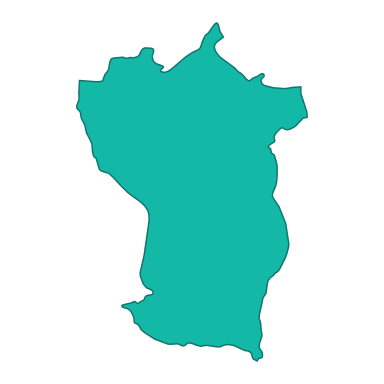 the State of Cojedes
{"feature_id": "VEN-32", "entity_name": "Cojedes", "entity_type": "State", "adm_level": 1, "iso_a3": "VEN", "parent_name": "Venezuela", "parent_adm1": "", "projection": "robinson", "projection_center": [-68.34, 9.331], "detail": "fine", "context": "isolated", "style": "filled", "palette": "teal", "viewbox_px": 384, "rotation_deg": 0, "n_neighbors": 0, "source": "natural_earth", "source_scale": "10m", "svg_char_len": 4158}
<svg xmlns="http://www.w3.org/2000/svg" viewBox="0 0 384 384"><path d="M300.9,86.9L300.8,93.0L301.5,95.7L301.9,96.6L306.7,111.7L307.2,115.4L307.0,117.5L306.0,117.7L304.0,117.8L303.2,118.1L302.5,118.7L295.8,125.8L294.2,127.0L289.9,129.2L288.8,129.5L287.7,129.7L286.5,129.7L285.4,129.4L284.6,129.0L283.8,128.4L282.9,128.0L282.0,127.8L281.2,128.1L280.4,128.6L277.4,131.5L275.3,134.1L274.5,135.8L274.0,137.2L274.8,140.8L274.4,141.6L273.8,142.3L271.0,143.9L269.8,144.8L268.4,146.3L268.3,147.3L268.8,147.8L269.6,148.0L270.5,148.6L271.2,151.9L271.6,153.0L272.2,153.7L273.1,154.1L273.8,154.7L274.4,155.3L274.7,156.3L274.8,156.9L276.6,163.1L277.0,165.5L277.1,166.8L277.1,175.7L276.6,181.9L275.6,186.1L272.8,192.8L272.4,194.8L272.4,196.4L272.8,197.4L278.9,206.5L285.7,223.4L288.8,244.0L288.6,246.7L286.7,254.1L284.9,258.7L279.7,268.9L278.6,270.7L277.9,271.4L275.5,273.0L274.7,273.6L272.9,275.9L271.1,277.1L269.9,278.2L268.5,280.0L267.8,281.6L267.3,283.7L266.0,293.3L263.0,297.8L259.3,315.1L259.1,317.9L259.4,319.5L259.9,320.4L260.3,321.8L260.7,323.6L261.0,329.5L261.8,333.6L261.9,335.2L261.8,336.4L259.6,343.0L259.3,345.0L259.2,346.8L259.5,347.9L259.8,348.9L261.4,351.1L261.8,351.8L262.2,352.9L262.5,354.9L262.4,356.2L262.1,357.2L261.6,357.6L261.0,358.0L259.1,358.3L258.5,358.7L257.1,361.0L254.9,359.8L253.4,359.0L252.8,358.1L252.2,356.6L251.9,355.0L251.1,352.9L249.8,351.9L248.1,351.0L245.4,350.6L244.3,350.3L234.4,345.7L230.8,344.8L227.1,344.6L226.0,344.7L223.8,345.2L222.9,345.6L221.1,346.5L219.5,346.8L217.3,346.9L207.1,345.4L204.7,345.5L200.9,346.3L196.5,345.2L191.9,343.4L189.6,343.0L187.9,343.0L187.1,343.5L185.5,344.9L184.6,345.5L182.8,345.9L181.5,345.5L179.8,344.6L178.5,344.1L177.2,343.8L170.6,344.2L168.0,344.1L154.8,339.2L143.9,332.1L140.9,329.3L139.6,326.7L138.2,324.7L136.8,323.8L135.2,323.2L134.4,322.5L134.1,321.3L134.1,320.0L133.9,318.2L133.3,316.1L131.6,312.6L130.5,310.9L129.4,309.8L127.7,308.8L126.8,308.4L124.0,307.8L122.1,306.8L121.8,306.0L122.2,305.3L124.1,304.6L131.5,302.9L133.2,301.9L134.1,301.6L135.0,301.6L135.7,302.1L136.4,302.7L137.1,303.2L138.0,303.4L138.8,303.0L140.2,301.9L141.1,301.4L142.9,300.6L143.7,300.0L144.3,299.2L145.1,297.2L145.7,296.4L146.4,295.9L148.0,295.3L151.7,294.7L152.4,294.1L153.1,293.2L153.2,292.2L152.8,291.3L152.2,290.6L151.4,290.0L149.6,289.1L147.6,288.3L146.4,287.7L143.1,283.7L140.5,276.5L140.1,273.6L140.4,271.5L141.2,268.2L144.1,255.5L148.6,224.3L149.2,219.5L148.9,214.4L147.8,210.4L144.7,205.9L142.0,203.2L138.3,200.2L134.3,197.5L128.0,192.7L121.9,186.7L117.9,182.5L115.8,180.1L112.9,177.1L108.7,173.2L104.2,172.0L101.0,170.8L99.2,169.0L96.2,158.4L94.1,156.8L93.0,154.2L92.4,150.4L92.0,144.4L90.6,140.8L86.5,132.9L84.8,125.1L81.3,118.1L80.5,113.2L80.0,111.6L77.6,109.2L76.8,107.8L76.8,105.7L79.1,99.2L79.0,96.4L79.0,96.2L78.9,94.1L78.9,91.7L79.5,80.5L96.8,81.8L101.7,81.4L102.4,80.8L103.0,79.9L103.3,79.2L103.7,77.7L105.1,74.4L108.0,70.7L108.7,69.0L109.1,66.9L109.3,64.8L110.1,61.2L110.9,59.6L111.8,58.6L113.9,58.0L122.1,57.3L123.2,57.3L126.2,58.4L129.8,57.6L131.0,57.5L131.9,57.8L133.3,57.8L134.8,57.5L136.9,56.9L138.4,56.0L139.3,55.1L140.4,52.6L141.2,51.0L142.9,48.8L144.3,48.1L145.6,47.9L151.6,48.3L152.5,48.7L153.2,49.2L153.5,49.9L153.6,50.3L153.6,50.7L153.6,51.6L152.6,54.7L152.3,55.9L152.3,57.2L152.5,58.4L152.8,59.4L153.2,60.4L153.7,61.3L154.3,62.1L155.0,62.8L155.8,63.4L157.6,64.2L161.7,65.6L162.6,66.0L163.2,66.6L163.4,67.3L162.9,67.9L162.2,68.5L161.4,69.1L160.8,69.8L160.5,70.5L160.9,71.4L162.9,72.2L164.3,72.3L165.6,72.2L167.8,71.4L170.9,69.5L186.0,56.7L192.6,52.4L198.5,49.6L200.5,47.5L202.4,41.5L205.2,35.5L208.6,32.7L213.5,25.6L215.0,23.9L216.6,23.0L217.4,23.5L218.0,24.2L218.4,25.2L219.8,30.8L220.7,32.7L223.4,37.0L216.2,42.6L214.4,45.7L214.4,47.2L214.7,48.7L215.2,50.4L216.6,53.0L219.0,56.0L221.3,58.1L234.7,68.0L235.5,68.8L237.2,70.7L238.9,72.2L240.6,73.1L243.6,75.9L246.5,79.4L248.2,80.6L249.4,80.9L253.3,78.0L257.1,76.5L261.0,74.0L261.7,73.7L262.5,73.7L263.6,74.1L264.0,75.0L264.1,76.0L263.7,76.8L261.4,79.1L261.1,80.0L261.1,81.2L262.0,83.6L262.9,84.5L263.9,85.2L265.8,85.9L273.5,87.8L284.0,88.6L286.3,88.5L292.9,87.4L300.9,86.9Z" fill="#14b8a6" stroke="#0f766e" stroke-width="1.5"/></svg>